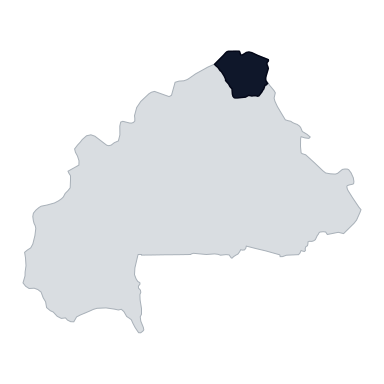 where Oudalan sits in Burkina Faso
{"feature_id": "BFA-2805", "entity_name": "Oudalan", "entity_type": "Province", "adm_level": 1, "iso_a3": "BFA", "parent_name": "Burkina Faso", "parent_adm1": "", "projection": "natural_earth1", "projection_center": [-0.325, 14.611], "detail": "fine", "context": "in_parent", "style": "filled", "palette": "ink", "viewbox_px": 384, "rotation_deg": 0, "n_neighbors": 0, "source": "natural_earth", "source_scale": "10m", "svg_char_len": 3816}
<svg xmlns="http://www.w3.org/2000/svg" viewBox="0 0 384 384"><path d="M297.5,254.7L286.5,255.2L282.5,256.6L280.1,256.6L280.0,255.5L279.7,254.8L265.8,250.9L256.1,248.6L246.3,246.1L245.7,248.5L244.3,250.0L242.2,250.1L240.7,249.7L239.7,251.6L238.0,254.0L235.8,255.2L233.5,256.7L232.3,258.0L231.3,258.0L229.1,254.9L226.1,254.6L220.5,255.2L218.0,254.3L214.5,253.9L206.4,254.5L193.4,253.3L191.3,253.9L190.7,254.5L177.9,254.7L163.7,254.8L151.9,255.0L141.5,255.1L141.5,254.5L138.2,254.5L137.8,255.5L134.9,267.9L134.5,274.7L136.1,278.9L137.8,281.5L139.8,282.6L140.0,284.1L138.4,286.1L138.5,288.1L140.4,290.1L140.8,292.3L139.9,294.6L140.1,300.0L141.5,308.6L141.5,314.2L140.2,316.8L140.8,321.2L143.3,327.3L143.8,329.9L142.9,331.1L140.7,332.8L138.6,332.7L136.1,329.0L135.0,327.3L133.0,323.5L131.3,319.7L129.0,318.0L126.7,316.5L123.9,311.6L121.3,309.3L118.4,310.0L114.3,309.1L106.0,307.9L97.0,308.3L93.3,309.4L89.6,311.1L80.3,315.0L76.6,316.9L73.8,321.8L70.7,321.7L67.5,320.1L65.5,317.9L61.3,318.4L57.2,316.3L53.2,312.0L50.3,310.7L46.6,307.6L45.6,301.8L43.2,297.8L41.1,292.1L37.9,289.6L34.2,288.2L29.1,288.5L25.7,286.3L23.0,282.9L23.8,280.1L25.0,276.0L25.1,272.1L26.0,265.8L25.5,257.8L24.6,252.3L27.4,250.0L30.7,247.9L32.8,244.1L34.9,235.7L35.8,228.4L35.2,225.7L34.1,223.5L33.3,220.4L32.8,216.5L33.4,213.2L35.9,210.1L39.0,207.5L41.2,206.2L47.1,205.0L54.4,203.0L58.6,200.8L61.7,198.6L63.4,196.9L65.2,193.4L68.0,190.6L70.2,187.8L70.5,180.1L70.5,175.7L68.9,173.2L68.0,171.2L78.9,165.1L79.0,160.8L77.5,156.1L75.4,152.2L74.6,148.9L77.6,145.0L80.3,142.1L82.2,139.6L86.5,135.8L90.9,134.8L94.9,136.2L106.7,145.2L108.7,145.7L111.2,145.1L114.3,142.7L118.4,140.9L119.9,134.9L119.8,126.1L120.7,122.1L122.8,121.3L129.6,123.0L131.4,123.1L133.4,122.5L134.8,121.0L134.8,118.2L134.5,115.7L136.7,107.5L140.8,101.4L149.0,93.7L151.5,92.2L154.5,91.4L169.1,96.6L171.5,95.3L175.1,82.3L179.0,81.1L183.8,80.8L186.9,79.7L188.5,78.8L195.5,73.9L207.8,67.1L214.4,64.2L215.7,63.1L220.4,58.3L226.7,52.8L230.7,51.7L236.2,51.3L239.7,52.2L240.6,53.8L241.7,54.6L249.0,52.3L259.3,56.0L268.2,59.6L267.6,61.9L267.6,66.0L266.9,72.5L266.0,80.3L269.6,85.3L274.1,90.7L275.3,92.8L274.1,98.1L274.9,101.2L277.3,106.4L281.2,113.0L285.3,119.8L288.1,120.7L290.8,121.3L292.5,122.5L294.9,123.6L297.2,124.4L299.3,125.9L300.6,127.4L302.3,131.5L307.0,134.3L310.2,137.0L308.9,138.4L304.9,137.9L301.1,136.7L300.6,138.7L300.5,146.4L301.1,152.8L302.0,153.6L305.7,154.8L314.8,163.1L323.0,170.9L325.7,173.0L330.3,173.8L335.3,174.1L337.5,173.4L342.4,169.4L345.0,169.0L347.4,169.1L348.7,169.7L351.1,172.9L353.3,177.8L353.9,181.4L353.7,183.4L353.0,184.1L349.0,185.0L347.2,185.7L346.8,186.8L347.4,189.2L348.2,190.8L352.6,197.8L359.0,207.3L361.0,209.7L359.9,212.6L356.6,220.0L354.2,223.1L343.6,233.6L338.3,232.3L327.3,234.5L325.7,232.0L323.1,231.7L319.9,232.1L318.8,233.1L318.4,234.1L317.3,235.5L315.3,239.7L313.7,240.8L311.8,241.4L309.4,241.3L308.0,241.9L307.9,243.9L307.5,245.7L305.9,246.6L305.2,248.6L305.4,250.6L304.4,251.5L302.3,251.0L301.1,250.5L300.0,253.0L298.5,254.7L297.5,254.7Z" fill="#d9dde1" stroke="#a8b0b8" stroke-width="1"/><path d="M239.1,51.2L239.5,51.5L240.5,54.5L240.9,55.1L242.1,55.1L243.6,54.3L246.3,52.5L248.9,52.0L251.9,52.7L257.6,55.4L268.3,59.7L268.4,60.8L268.0,61.5L267.4,62.0L266.9,62.8L266.8,64.2L268.0,67.1L268.3,68.6L265.5,77.8L265.7,80.3L267.0,82.7L267.6,83.3L266.6,84.6L265.8,85.1L265.0,85.2L263.7,89.1L262.7,90.3L261.9,91.9L258.9,95.8L257.7,96.2L255.9,95.7L253.7,95.7L251.8,96.0L250.1,95.6L248.5,95.4L245.5,97.1L237.6,97.9L234.9,97.9L234.1,97.6L233.0,96.3L232.4,94.1L232.0,88.8L231.4,88.2L230.8,87.6L229.8,86.3L228.7,84.1L225.6,80.6L225.6,79.4L225.1,78.0L224.1,75.9L221.4,71.6L220.1,70.6L218.0,67.5L215.5,65.4L214.6,64.3L223.4,55.4L225.7,52.8L226.2,52.4L227.0,51.7L228.4,51.3L237.7,51.2L239.1,51.2Z" fill="#0f172a" stroke="#020617" stroke-width="1.5"/></svg>